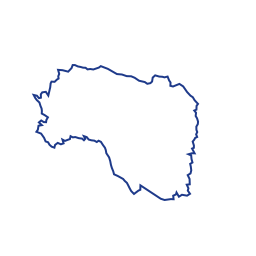 the district of Coqueiros do Sul, Rio Grande do Sul, Brazil, rotated 316°
{"feature_id": "56859067B99955051081577", "entity_name": "Coqueiros do Sul", "entity_type": "district", "adm_level": 2, "iso_a3": "BRA", "parent_name": "Brazil", "parent_adm1": "Rio Grande do Sul", "projection": "equal_earth", "projection_center": [-52.771, -28.135], "detail": "fine", "context": "isolated", "style": "outline", "palette": "blue", "viewbox_px": 256, "rotation_deg": 316, "n_neighbors": 0, "source": "geoboundaries", "source_scale": "gbopen_adm2", "svg_char_len": 2126}
<svg xmlns="http://www.w3.org/2000/svg" viewBox="0 0 256 256"><g transform="rotate(316 128 128)"><path d="M86.5,179.6L92.1,180.3L93.9,181.0L97.1,177.9L102.4,201.6L104.3,205.2L109.4,208.9L111.3,210.9L113.5,208.1L116.3,209.1L118.1,208.1L116.9,212.8L120.4,213.5L123.5,217.7L126.9,218.4L127.5,214.6L129.6,213.3L130.9,209.6L133.3,211.4L136.9,207.4L138.2,203.4L141.4,204.1L144.1,202.4L146.5,199.2L147.8,197.0L150.4,197.6L152.1,194.5L154.4,191.6L153.3,188.9L156.5,190.6L158.3,192.5L159.8,187.3L161.6,188.0L163.3,186.3L165.1,182.7L167.6,182.4L169.4,181.8L171.5,182.5L172.6,179.9L175.0,179.0L175.9,176.9L178.1,174.5L180.9,173.7L182.8,172.1L184.4,169.0L185.0,166.4L187.5,164.3L187.8,161.5L190.0,162.3L192.7,159.7L195.1,159.3L195.2,154.3L196.0,150.9L195.4,148.1L195.5,143.1L196.6,136.4L195.6,132.0L189.2,129.4L187.8,127.1L190.2,124.8L190.6,122.4L192.2,118.5L189.4,116.9L188.3,115.0L186.2,112.7L184.1,109.0L180.8,108.9L177.6,111.3L175.3,111.3L172.6,109.6L172.0,106.6L168.8,101.7L167.7,96.5L166.2,93.0L163.1,89.8L160.8,85.3L157.5,81.5L154.6,71.5L151.4,64.6L149.0,64.3L143.7,61.8L141.8,59.3L139.6,57.7L139.3,55.2L137.6,53.4L136.2,51.0L134.7,48.9L133.5,45.8L131.9,44.3L129.0,45.7L124.1,45.9L121.1,41.0L118.1,37.6L116.1,41.3L113.8,42.3L112.4,44.2L110.6,43.8L107.3,43.8L105.2,41.5L103.3,42.2L100.3,44.7L93.2,49.3L94.0,44.9L91.1,42.8L88.7,43.2L86.4,45.7L84.7,44.7L84.9,41.5L83.1,38.7L82.1,42.1L81.8,44.6L82.0,48.1L80.3,51.5L79.4,53.9L78.0,55.8L76.0,57.7L77.0,60.8L77.8,64.7L74.9,65.5L73.1,66.9L71.5,65.2L70.8,62.3L67.8,62.1L68.0,66.1L65.2,64.2L62.0,66.6L59.5,67.1L61.6,71.7L60.8,76.8L59.4,80.4L60.6,82.8L59.9,85.5L60.1,88.4L61.4,91.0L63.8,89.5L67.1,89.9L68.4,93.1L71.0,94.3L72.8,90.8L73.7,93.5L76.1,94.5L78.5,95.6L81.0,94.0L81.8,96.4L83.8,97.9L85.5,101.1L87.6,103.7L87.8,106.2L89.7,106.1L90.6,103.2L92.0,105.9L91.7,109.0L93.1,111.4L95.0,113.7L95.8,116.4L98.0,116.7L98.9,119.2L98.2,122.6L97.7,126.2L96.7,128.4L94.9,131.1L94.0,136.0L92.2,139.5L90.1,142.7L88.7,145.4L87.3,148.9L85.8,151.6L87.3,155.4L88.2,158.3L89.1,161.3L88.9,163.8L89.1,166.7L88.4,169.1L87.4,172.3L86.5,175.5L86.5,179.6Z" fill="none" stroke="#1e3a8a" stroke-width="2"/></g></svg>